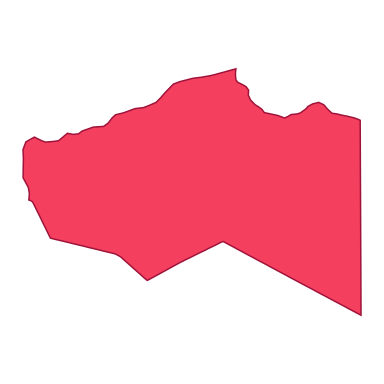 Murzuq, Mercator projection
{"feature_id": "LBY-2969", "entity_name": "Murzuq", "entity_type": "Municipality", "adm_level": 1, "iso_a3": "LBY", "parent_name": "Libya", "parent_adm1": "", "projection": "mercator", "projection_center": [15.489, 24.47], "detail": "fine", "context": "isolated", "style": "filled", "palette": "rose", "viewbox_px": 384, "rotation_deg": 0, "n_neighbors": 0, "source": "natural_earth", "source_scale": "10m", "svg_char_len": 2194}
<svg xmlns="http://www.w3.org/2000/svg" viewBox="0 0 384 384"><path d="M361.0,315.2L360.0,314.7L354.7,311.9L349.4,309.1L344.1,306.2L338.8,303.4L333.5,300.6L328.1,297.7L322.8,294.9L317.5,292.1L312.2,289.2L306.9,286.4L301.6,283.6L296.2,280.7L290.9,277.9L285.6,275.0L280.3,272.2L275.0,269.3L269.7,266.5L264.4,263.6L259.0,260.8L253.7,257.9L248.4,255.1L243.1,252.2L237.8,249.4L232.5,246.5L227.2,243.7L223.2,241.5L222.4,241.7L220.4,242.6L218.0,243.8L215.5,245.1L213.0,246.3L210.5,247.5L208.0,248.7L205.6,250.0L203.1,251.2L200.6,252.4L198.1,253.6L195.6,254.8L193.1,256.1L190.7,257.3L188.2,258.5L185.7,259.7L183.2,261.0L180.7,262.2L180.0,262.6L172.6,266.6L165.2,270.7L157.9,274.7L150.5,278.7L147.8,280.2L147.1,280.3L146.5,279.9L144.5,278.2L139.2,273.4L133.8,268.6L128.4,263.8L123.0,259.0L120.6,256.8L115.5,254.0L111.2,252.9L107.4,252.0L103.6,251.1L99.8,250.1L96.0,249.2L92.2,248.3L88.4,247.4L84.6,246.4L80.8,245.5L77.0,244.6L73.2,243.7L69.4,242.7L65.6,241.8L61.8,240.9L58.0,240.0L54.2,239.1L50.4,238.1L47.1,231.4L44.1,225.3L39.3,215.4L39.2,215.3L36.1,209.0L33.1,202.9L32.0,201.4L30.6,200.6L28.8,200.0L29.4,193.6L28.3,187.4L23.1,177.8L23.2,168.9L23.4,159.0L23.0,149.6L25.9,141.9L34.3,137.1L42.0,140.9L45.7,142.1L53.7,141.4L58.6,140.7L63.0,137.0L67.4,133.3L73.3,134.4L78.6,133.8L82.2,131.0L86.2,129.6L93.3,127.1L103.6,126.4L108.1,123.1L112.4,117.6L115.5,114.8L123.6,112.8L135.0,108.6L143.5,107.6L148.5,105.7L156.1,102.4L161.0,97.4L165.4,92.3L169.9,87.7L173.4,84.1L179.7,81.7L185.1,80.3L192.8,78.3L200.9,77.3L209.1,75.9L213.6,74.9L235.9,68.8L235.5,72.3L235.5,75.8L235.9,79.8L237.8,82.4L239.9,83.3L243.7,85.3L246.2,86.8L248.6,90.2L248.3,95.1L250.6,100.1L255.2,104.8L258.5,106.8L261.9,109.3L264.3,112.6L270.9,114.0L278.2,115.6L284.5,118.0L288.1,116.4L291.3,114.5L296.9,114.0L300.4,112.9L306.0,108.8L308.0,106.4L312.6,103.9L318.7,102.4L323.7,104.7L327.7,109.3L332.1,113.3L336.4,113.8L341.3,115.0L348.0,116.4L353.9,117.8L358.4,119.4L360.2,120.3L360.3,144.0L360.4,167.7L360.5,191.3L360.6,214.7L360.7,238.1L360.8,261.4L360.9,284.6L361.0,307.7L361.0,308.2L361.0,308.7L361.0,309.2L361.0,309.7L361.0,310.1L361.0,310.6L361.0,311.1L361.0,311.6L361.0,315.2Z" fill="#f43f5e" stroke="#9f1239" stroke-width="1.5"/></svg>